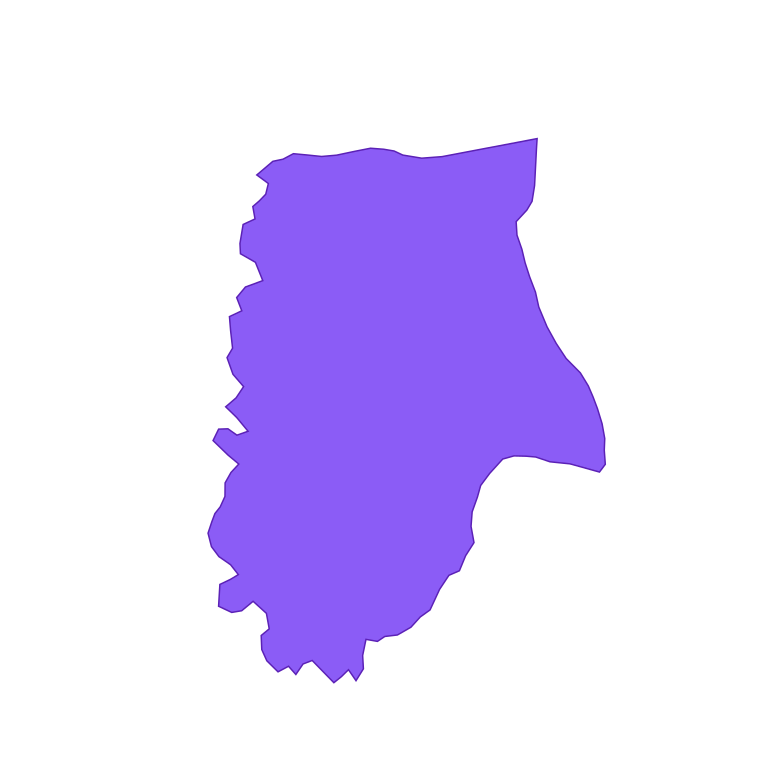 the district of Prado Ferreira, Paraná, Brazil, rotated 152°
{"feature_id": "56859067B46889814534801", "entity_name": "Prado Ferreira", "entity_type": "district", "adm_level": 2, "iso_a3": "BRA", "parent_name": "Brazil", "parent_adm1": "Paraná", "projection": "equal_earth", "projection_center": [-51.389, -23.027], "detail": "fine", "context": "isolated", "style": "filled", "palette": "violet", "viewbox_px": 768, "rotation_deg": 152, "n_neighbors": 0, "source": "geoboundaries", "source_scale": "gbopen_adm2", "svg_char_len": 1671}
<svg xmlns="http://www.w3.org/2000/svg" viewBox="0 0 768 768"><g transform="rotate(152 384 384)"><path d="M548.0,135.2L535.9,142.2L530.3,154.3L519.8,167.0L510.6,159.8L501.8,160.7L490.0,156.1L474.4,156.6L461.3,161.3L449.4,162.9L431.3,176.6L416.5,184.6L405.1,183.7L392.5,194.1L379.0,201.7L374.0,217.4L366.2,229.7L354.5,240.4L346.3,249.0L332.8,255.4L314.4,262.0L303.0,259.5L292.5,253.6L284.3,248.3L274.0,237.4L257.3,226.2L235.1,205.1L226.3,209.2L220.6,222.1L214.7,232.2L210.1,246.5L207.1,262.0L205.5,274.3L204.5,286.4L205.4,301.6L211.2,321.0L212.9,339.0L213.2,357.9L211.2,379.3L207.1,394.1L205.1,410.2L202.5,424.8L199.0,438.2L196.7,453.0L191.1,465.3L176.2,470.5L167.5,475.8L157.9,488.5L145.3,509.5L138.9,520.2L133.6,528.8L226.0,557.5L244.7,565.7L259.9,577.3L265.7,585.0L274.0,591.4L285.2,598.5L300.0,603.0L318.4,608.3L332.3,614.2L344.5,622.4L355.9,629.9L367.6,629.9L377.6,632.8L398.2,628.3L392.0,615.3L399.3,607.1L408.2,604.2L416.5,602.3L420.4,590.3L433.5,591.0L445.2,575.7L449.6,566.4L440.4,551.8L442.5,532.2L460.8,534.7L473.5,529.5L475.2,515.4L488.8,516.1L494.4,503.1L500.9,486.7L510.2,481.0L512.8,463.5L509.2,447.6L521.1,441.2L534.5,438.2L529.8,423.6L526.2,406.1L537.9,407.9L542.8,417.7L551.2,421.8L561.5,414.3L555.1,394.5L549.8,381.5L560.7,377.7L570.7,371.3L577.2,359.4L586.3,352.4L594.1,349.0L600.8,343.1L609.4,334.9L612.7,321.4L610.8,309.1L604.3,296.4L602.1,284.1L611.3,283.6L623.0,284.1L634.4,265.4L625.7,253.8L616.1,250.6L601.6,253.6L595.5,236.7L600.3,221.7L610.5,219.6L616.6,206.9L617.4,194.6L612.7,179.6L600.8,179.6L598.2,168.9L586.9,174.8L577.2,173.6L568.5,143.8L559.0,145.6L549.5,148.4L548.0,135.2Z" fill="#8b5cf6" stroke="#5b21b6" stroke-width="1.5"/></g></svg>